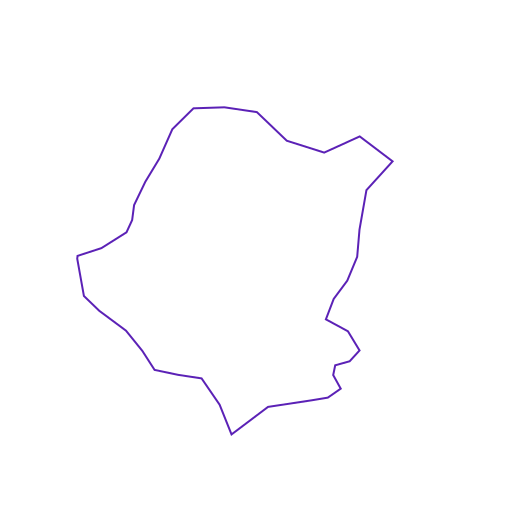 the District of Masallı, rotated 147°
{"feature_id": "AZE-1708", "entity_name": "Masallı", "entity_type": "District", "adm_level": 1, "iso_a3": "AZE", "parent_name": "Azerbaijan", "parent_adm1": "", "projection": "albers", "projection_center": [48.733, 38.991], "detail": "fine", "context": "isolated", "style": "outline", "palette": "violet", "viewbox_px": 512, "rotation_deg": 147, "n_neighbors": 0, "source": "natural_earth", "source_scale": "10m", "svg_char_len": 655}
<svg xmlns="http://www.w3.org/2000/svg" viewBox="0 0 512 512"><g transform="rotate(147 256 256)"><path d="M422.1,316.2L407.4,351.1L405.6,353.3L381.3,346.8L351.7,346.4L340.3,353.6L330.5,365.1L308.3,378.6L284.1,390.3L257.1,407.9L228.0,413.9L201.5,397.9L176.9,376.2L167.4,335.9L142.5,305.6L103.9,299.8L89.9,261.0L127.5,251.1L154.8,221.8L171.6,200.2L192.9,185.6L214.2,177.7L231.9,164.8L219.9,142.8L220.6,120.4L234.8,116.7L249.1,121.2L256.1,114.1L257.2,98.6L272.9,98.1L288.0,104.7L328.1,122.9L373.7,119.7L367.5,151.1L368.3,183.0L386.0,198.7L403.1,215.7L403.0,238.3L405.7,264.2L417.3,295.4L422.1,316.2Z" fill="none" stroke="#5b21b6" stroke-width="2"/></g></svg>